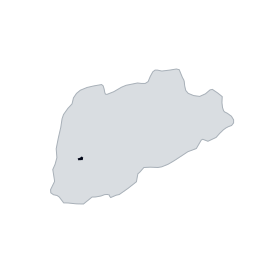 location of Hungrel, Paro, Bhutan, rotated 333°
{"feature_id": "84629894B37720492215641", "entity_name": "Hungrel", "entity_type": "district", "adm_level": 2, "iso_a3": "BTN", "parent_name": "Bhutan", "parent_adm1": "Paro", "projection": "robinson", "projection_center": [89.452, 27.418], "detail": "fine", "context": "in_parent", "style": "filled", "palette": "ink", "viewbox_px": 256, "rotation_deg": 333, "n_neighbors": 0, "source": "geoboundaries", "source_scale": "gbopen_adm2", "svg_char_len": 1930}
<svg xmlns="http://www.w3.org/2000/svg" viewBox="0 0 256 256"><g transform="rotate(333 128 128)"><path d="M199.5,110.6L199.2,112.1L197.6,116.3L196.5,120.8L197.4,124.5L201.2,128.9L206.2,132.4L212.5,132.7L218.4,131.3L220.7,131.9L223.9,137.7L226.2,142.8L223.2,148.1L221.5,152.7L221.0,155.9L221.3,157.4L223.2,160.0L225.5,164.5L225.8,168.7L224.4,171.4L221.4,172.8L218.2,172.4L215.5,172.4L212.2,172.9L207.0,174.5L202.2,176.4L193.2,176.1L189.5,172.0L187.8,172.0L179.6,177.3L170.6,176.3L154.2,178.1L147.4,178.5L140.4,177.9L136.8,176.8L130.2,173.1L124.2,170.4L118.2,172.8L116.0,173.3L111.1,179.7L100.6,181.8L90.0,183.3L86.9,182.5L81.0,182.1L80.7,180.6L80.9,179.2L79.6,178.0L77.2,176.8L73.0,176.3L67.7,174.7L64.6,173.2L53.8,175.5L47.5,172.1L40.4,167.5L36.7,165.5L35.4,158.3L34.2,156.0L31.3,153.6L29.8,150.7L31.0,147.8L38.2,142.4L38.8,141.1L42.1,130.9L46.6,127.2L51.2,122.1L54.6,113.9L61.2,105.5L68.4,96.9L73.4,89.9L76.7,86.7L83.4,83.2L89.1,81.1L93.1,76.4L97.8,73.8L102.7,72.7L109.9,73.3L116.7,75.0L124.2,77.3L125.0,79.2L124.4,82.5L123.4,85.9L123.3,87.6L124.5,88.5L131.8,89.2L140.7,88.7L145.7,89.1L156.9,92.2L160.2,94.4L163.6,96.1L167.0,95.8L171.2,92.2L175.6,89.2L178.4,88.7L180.4,89.7L184.0,92.6L191.3,95.3L197.9,97.4L200.1,99.3L199.4,107.8L199.5,110.6Z" fill="#d9dde1" stroke="#a8b0b8" stroke-width="1"/><path d="M69.7,133.3L69.8,133.3L69.8,133.5L69.9,133.8L70.0,133.8L70.3,133.9L70.5,133.9L70.7,134.0L70.8,134.1L71.0,134.2L71.4,134.2L71.6,134.3L71.8,134.4L71.8,134.5L72.0,134.5L72.3,134.7L72.4,134.8L72.5,134.9L72.6,135.0L72.8,135.1L73.0,135.0L73.1,134.9L73.2,134.7L73.3,134.6L73.4,134.4L73.4,134.2L73.5,134.1L73.7,133.9L73.5,133.7L73.4,133.6L73.4,133.4L73.4,133.2L73.2,133.1L72.9,133.2L72.8,133.3L72.7,133.3L72.4,133.4L72.2,133.5L71.9,133.6L71.7,133.5L71.6,133.4L71.4,133.4L71.2,133.4L70.9,133.4L70.7,133.4L70.4,133.3L70.2,133.3L70.2,133.2L69.9,133.1L69.8,133.3L69.7,133.3Z" fill="#0f172a" stroke="#020617" stroke-width="1.5"/></g></svg>